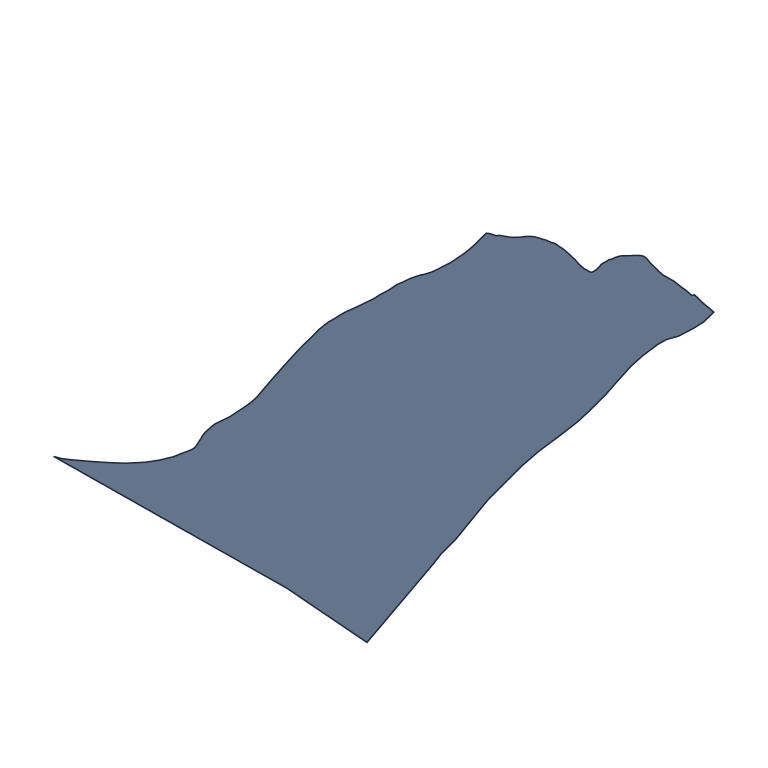 the district of Rumah, Hadramawt, Yemen, rotated 220°
{"feature_id": "15242507B71600093935687", "entity_name": "Rumah", "entity_type": "district", "adm_level": 2, "iso_a3": "YEM", "parent_name": "Yemen", "parent_adm1": "Hadramawt", "projection": "orthographic", "projection_center": [50.913, 17.827], "detail": "fine", "context": "isolated", "style": "filled", "palette": "slate", "viewbox_px": 768, "rotation_deg": 220, "n_neighbors": 0, "source": "geoboundaries", "source_scale": "gbopen_adm2", "svg_char_len": 5415}
<svg xmlns="http://www.w3.org/2000/svg" viewBox="0 0 768 768"><g transform="rotate(220 384 384)"><path d="M473.8,286.3L474.1,284.4L474.3,283.3L477.4,272.1L478.4,268.7L479.4,265.4L481.2,259.6L485.9,249.1L486.7,247.3L487.0,246.5L487.7,245.0L488.1,243.5L488.7,240.8L489.0,238.3L489.5,235.3L489.9,232.4L489.9,232.2L490.0,231.6L490.0,231.4L489.9,229.5L489.8,228.2L489.8,226.8L489.4,225.6L489.1,224.4L489.0,222.2L488.9,221.7L488.8,221.1L488.5,219.2L488.4,218.6L488.1,216.6L488.1,215.8L488.1,214.3L488.4,212.5L488.9,210.8L489.5,209.5L489.6,209.3L490.0,208.6L490.9,206.8L494.7,200.2L496.8,196.2L498.7,192.7L504.5,184.9L507.0,181.4L507.7,180.7L516.3,170.9L521.7,165.9L530.9,157.3L541.6,149.0L548.0,144.1L561.0,134.7L574.5,125.2L575.0,124.8L582.4,120.1L582.8,119.8L583.6,119.3L586.8,117.9L588.5,117.1L589.5,116.6L590.0,116.4L590.4,116.2L590.5,116.2L585.4,117.1L579.1,118.3L572.8,119.4L567.9,120.4L562.0,121.5L556.8,122.4L550.9,123.5L544.5,124.7L538.5,125.8L533.5,126.8L527.0,128.0L523.3,128.6L516.4,129.9L510.6,131.0L505.9,131.9L499.1,133.2L493.9,134.1L487.8,135.2L481.3,136.5L476.2,137.4L470.6,138.4L465.6,139.4L459.2,140.6L453.8,141.6L447.6,142.7L442.2,143.7L436.6,144.8L431.8,145.7L425.0,146.9L419.3,148.0L413.8,149.0L409.0,149.9L401.8,151.2L396.6,152.2L391.1,153.2L385.0,154.4L378.8,155.5L374.6,156.3L368.6,157.4L362.2,158.6L356.7,159.6L350.8,160.7L344.9,161.8L339.3,162.9L334.3,163.8L327.9,165.0L322.2,165.6L316.6,166.2L310.5,166.8L304.7,167.4L299.2,168.0L293.1,168.6L287.2,169.2L281.4,169.8L275.3,170.5L271.4,170.9L263.6,171.7L258.2,172.2L252.8,172.8L247.5,173.3L239.9,174.1L232.9,174.9L231.3,175.0L230.9,175.1L230.6,277.7L231.0,290.1L230.9,291.4L229.8,304.7L229.2,311.4L229.6,340.1L229.9,361.7L229.1,371.2L225.7,410.0L223.9,421.3L222.1,432.2L216.8,454.4L216.2,457.0L211.7,478.0L211.1,481.8L209.5,494.2L207.3,518.5L207.1,531.8L206.2,556.5L204.0,571.9L203.0,576.3L199.7,590.4L197.3,596.7L196.3,599.5L189.1,610.1L182.8,625.4L179.9,634.3L179.1,636.5L177.5,651.0L179.7,651.1L181.5,651.1L183.3,651.2L183.9,651.2L185.3,651.1L186.9,651.0L187.4,651.0L188.9,651.1L190.5,651.1L192.1,651.1L193.7,651.2L194.0,651.2L194.6,651.3L195.5,651.4L197.1,651.5L198.7,651.7L200.4,651.8L203.9,651.8L203.9,651.7L204.1,650.6L204.4,650.4L205.0,649.9L206.1,649.7L207.4,649.7L207.8,649.8L208.5,649.8L209.7,649.8L210.8,649.8L212.0,649.9L213.1,649.9L214.2,649.8L215.3,649.7L216.5,649.5L217.6,649.4L218.8,649.4L220.1,649.3L221.2,649.3L222.3,649.3L223.5,649.3L224.6,649.2L225.7,649.2L226.9,649.2L228.0,649.1L229.2,648.9L230.4,648.7L231.6,648.4L232.9,648.2L234.0,648.0L235.2,647.9L236.3,647.7L237.4,647.4L238.4,647.1L239.5,646.9L240.6,646.8L241.7,646.8L242.8,646.9L244.2,646.9L245.3,646.9L246.4,647.0L247.5,647.2L248.7,647.3L249.8,647.3L250.9,647.4L252.2,647.5L253.3,647.6L254.5,647.6L255.8,647.7L256.9,647.9L258.1,647.9L259.2,648.1L260.5,648.4L261.8,648.7L263.2,648.9L264.3,648.9L265.3,648.9L266.4,648.9L267.5,648.6L268.6,648.1L269.6,647.6L270.6,646.9L271.6,646.2L272.4,645.5L273.4,644.7L274.4,643.8L275.2,643.1L276.1,642.3L277.0,641.4L277.8,640.6L278.8,639.8L279.6,639.0L280.6,638.2L281.5,637.4L282.6,636.6L283.5,635.8L284.4,634.9L285.2,634.0L286.0,633.0L286.7,632.0L287.4,630.9L288.0,629.9L288.5,628.8L289.0,627.7L289.7,626.4L290.4,625.4L291.1,624.3L291.7,623.2L292.1,622.1L292.5,621.0L292.8,620.0L293.2,619.0L293.7,617.7L294.1,616.6L294.4,615.6L294.5,614.5L294.3,612.5L294.4,611.8L294.6,610.7L294.7,609.4L294.8,608.3L295.1,607.3L295.5,606.0L295.8,604.8L296.4,603.7L297.1,602.8L298.1,602.3L299.2,602.1L300.3,601.8L301.4,601.7L302.4,601.5L303.6,601.2L304.7,601.0L305.8,601.0L307.1,601.0L308.3,601.0L309.4,601.0L310.6,601.1L311.7,601.2L312.8,601.2L314.1,601.5L315.5,601.7L316.7,601.9L317.9,602.1L319.2,602.1L320.3,602.1L321.5,602.1L322.7,602.3L323.8,602.5L324.9,602.5L326.2,602.5L327.3,602.6L328.6,602.6L329.8,602.6L331.0,602.6L332.3,602.6L333.5,602.6L334.6,602.5L335.8,602.3L336.9,602.2L338.3,602.0L339.5,601.9L340.6,601.8L341.7,601.8L342.9,601.7L344.1,601.3L345.2,600.8L346.1,600.1L347.1,599.9L348.5,599.6L349.7,599.1L351.0,598.7L352.4,598.4L353.4,597.9L354.5,597.4L355.6,596.8L357.2,596.2L358.2,595.8L359.4,595.3L360.5,594.8L361.5,594.3L362.6,593.9L364.0,593.1L364.9,592.5L365.9,591.7L367.0,590.9L367.8,590.2L368.7,589.5L369.6,588.7L370.5,587.9L371.4,587.0L372.0,586.2L372.9,585.2L373.8,584.3L374.6,583.5L375.4,582.7L376.5,581.9L377.4,581.1L378.3,580.2L379.4,579.4L380.2,578.7L381.2,578.0L382.1,577.4L383.1,576.7L384.1,576.2L385.3,575.5L386.3,574.9L387.4,574.2L388.4,573.6L389.6,573.0L390.7,572.3L391.8,571.4L392.6,570.6L393.4,569.7L394.1,569.4L394.6,569.2L395.8,568.8L395.9,568.7L396.0,568.7L396.7,568.3L396.8,568.3L397.9,567.9L398.4,567.7L399.0,567.5L400.0,566.9L400.6,566.6L401.1,566.3L402.5,565.3L402.5,565.2L403.3,559.1L403.6,555.0L403.7,553.7L403.9,551.1L404.5,546.4L405.3,541.3L405.6,539.5L406.5,535.6L406.9,534.1L409.0,526.9L409.6,524.6L411.0,519.9L414.5,511.6L416.9,505.9L419.7,500.0L424.1,493.3L426.3,490.7L428.7,486.8L431.6,482.0L435.7,472.9L437.9,468.9L440.7,459.1L441.0,458.4L444.3,450.3L446.0,444.8L446.3,443.8L447.5,441.0L448.5,438.7L449.8,435.9L452.2,430.4L456.0,422.2L459.0,416.1L459.6,414.8L461.6,409.7L464.0,402.2L464.4,401.2L466.5,395.5L467.6,390.5L468.6,385.1L468.9,384.0L469.4,376.2L469.6,374.2L470.9,362.1L471.0,360.7L471.6,352.3L472.1,339.8L472.4,332.1L472.5,328.2L472.5,327.9L472.8,314.8L472.8,314.4L472.9,310.2L473.0,293.2L473.0,292.4L473.1,290.7L473.8,286.3Z" fill="#64748b" stroke="#1e293b" stroke-width="1.5"/></g></svg>